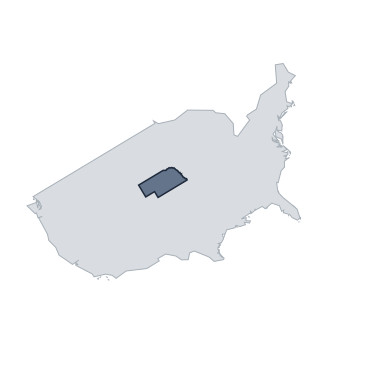 location of Nebraska within United States of America, rotated 329°
{"feature_id": "USA-3532", "entity_name": "Nebraska", "entity_type": "State", "adm_level": 1, "iso_a3": "USA", "parent_name": "United States of America", "parent_adm1": "", "projection": "mercator", "projection_center": [-97.897, 41.5], "detail": "fine", "context": "in_parent", "style": "filled", "palette": "slate", "viewbox_px": 384, "rotation_deg": 329, "n_neighbors": 0, "source": "natural_earth", "source_scale": "10m", "svg_char_len": 6854}
<svg xmlns="http://www.w3.org/2000/svg" viewBox="0 0 384 384"><g transform="rotate(329 192 192)"><path d="M300.8,144.2L320.6,142.3L328.9,125.9L336.3,128.8L336.3,138.9L340.5,145.5L333.0,147.8L332.6,149.6L331.4,147.4L329.5,151.2L323.6,153.8L319.6,163.3L322.8,167.2L325.0,166.8L324.5,165.0L325.1,165.8L325.3,167.8L319.0,169.1L317.9,167.0L317.2,169.8L310.0,170.5L304.5,174.1L305.1,172.1L304.6,170.7L303.1,175.6L304.6,176.5L304.0,180.6L300.4,185.9L296.6,182.6L298.9,179.3L296.3,181.6L297.3,185.3L298.8,187.3L299.1,189.7L294.5,198.0L295.9,192.7L292.4,187.8L294.8,182.5L291.2,184.1L292.4,191.9L289.0,189.5L287.8,189.8L288.9,187.3L288.8,186.6L287.7,188.5L287.6,190.1L292.8,193.1L291.6,194.5L289.3,191.8L288.4,191.4L291.3,194.6L292.6,195.2L291.8,197.2L290.3,195.7L292.7,198.6L292.1,199.0L290.9,197.5L287.7,196.8L291.6,199.6L294.2,199.5L296.5,206.5L294.4,201.1L295.1,204.6L290.4,203.9L293.7,207.3L295.4,206.3L293.3,209.4L288.8,208.3L291.5,210.0L289.1,211.5L291.9,212.6L286.9,213.3L284.2,218.3L279.5,219.6L270.6,228.4L269.4,227.4L266.0,235.4L265.8,237.4L267.1,243.4L273.3,260.9L271.1,269.9L267.8,270.4L264.7,265.6L264.2,261.6L259.6,256.9L261.2,254.8L258.9,254.8L259.9,248.8L254.6,242.6L246.2,244.1L244.7,240.5L236.5,240.2L237.6,238.8L236.1,240.2L232.4,240.8L232.3,238.0L231.7,240.0L220.4,240.5L225.2,241.9L223.5,244.4L227.2,246.9L225.3,248.2L221.3,244.9L221.0,247.5L215.5,246.4L212.4,243.2L210.5,244.8L202.3,242.3L197.6,245.8L198.8,244.9L196.2,243.9L195.0,248.3L190.0,251.1L191.2,250.3L187.9,249.8L189.1,251.3L185.3,253.1L183.8,257.9L182.1,257.1L183.6,258.4L183.8,262.7L185.4,265.3L184.2,266.2L175.2,262.9L173.2,256.6L163.5,243.7L158.6,243.0L153.9,248.1L148.0,244.7L145.3,238.7L137.5,231.6L128.4,231.5L128.4,234.2L113.8,234.3L94.9,225.8L82.5,226.9L80.7,222.3L75.4,217.8L64.4,214.3L64.3,210.9L54.8,195.4L55.1,193.8L57.0,195.8L55.8,192.4L59.9,192.1L52.3,192.5L45.5,177.5L46.7,169.3L44.3,159.9L46.4,153.7L47.2,135.3L51.1,135.8L46.7,134.8L47.9,129.7L46.4,129.8L43.5,118.9L53.4,120.8L51.5,126.5L54.7,122.4L54.4,127.2L52.1,128.4L53.8,128.6L55.6,126.6L56.2,121.7L53.4,114.1L195.5,114.1L195.6,111.2L198.3,116.1L214.3,121.4L230.4,119.5L252.2,132.9L253.1,136.3L260.4,141.7L262.6,154.5L257.4,164.6L259.7,167.8L278.5,160.0L277.8,155.3L279.5,154.5L289.9,154.1L300.8,144.2ZM312.1,172.5L315.2,172.0L304.3,174.9L313.3,171.4L312.1,172.5ZM54.2,118.9L55.5,121.9L55.4,122.4L53.6,120.1L54.2,118.9ZM185.2,264.6L184.0,260.8L184.1,258.6L184.3,260.9L185.2,264.6ZM333.8,148.2L333.7,149.7L333.2,149.4L333.8,148.2ZM212.4,244.3L212.7,245.2L211.8,244.5L212.4,244.3ZM68.7,218.1L69.9,217.6L70.0,217.7L68.7,218.1ZM67.3,217.7L66.8,218.4L66.4,217.8L67.3,217.7ZM321.9,169.3L321.0,170.2L320.8,170.0L321.9,169.3ZM184.8,256.6L184.1,258.4L185.8,255.0L184.8,256.6ZM271.5,255.1L272.7,258.6L271.3,254.8L271.5,255.1ZM75.1,221.1L75.7,222.1L75.1,221.2L75.1,221.1ZM271.6,270.4L270.6,271.5L272.2,269.2L271.6,270.4ZM296.9,208.8L295.7,210.3L296.7,206.8L296.9,208.8ZM52.8,116.3L52.8,117.2L52.3,116.8L52.8,116.3ZM189.1,252.0L187.3,252.8L189.1,251.7L189.1,252.0ZM324.8,169.7L324.7,170.7L323.8,170.5L324.8,169.7ZM75.1,223.9L75.6,225.1L75.0,224.0L75.1,223.9ZM186.9,253.4L186.2,253.9L186.8,253.2L186.9,253.4ZM298.6,191.3L297.3,193.3L298.8,190.5L298.6,191.3ZM197.1,246.6L195.9,247.3L197.6,246.1L197.1,246.6ZM266.3,236.4L266.0,237.8L265.9,236.8L266.3,236.4ZM292.3,212.9L291.9,213.2L293.1,212.0L292.3,212.9ZM249.2,243.8L247.8,244.5L247.2,244.4L249.2,243.8ZM231.8,240.6L231.6,240.8L230.8,240.8L231.8,240.6ZM262.6,261.7L262.8,262.7L262.4,261.5L262.6,261.7ZM228.2,242.6L228.0,243.5L227.9,241.8L228.2,242.6ZM268.5,272.8L267.7,272.8L268.8,272.6L268.5,272.8ZM303.8,181.3L303.2,182.3L303.9,180.9L303.8,181.3ZM294.8,210.6L294.3,210.9L294.2,210.9L294.8,210.6Z" fill="#d9dde1" stroke="#a8b0b8" stroke-width="1"/><path d="M149.8,172.4L149.8,171.6L149.8,170.7L149.8,169.9L149.8,169.0L149.8,168.1L149.8,167.3L149.8,166.4L149.8,165.6L149.8,164.7L149.8,163.8L149.8,163.0L149.8,162.1L149.8,161.2L149.8,160.3L149.8,159.5L149.8,158.6L150.8,158.6L151.7,158.6L152.5,158.6L153.4,158.6L154.3,158.6L155.2,158.6L156.0,158.6L156.9,158.6L157.8,158.6L158.7,158.6L159.5,158.6L160.4,158.6L161.3,158.6L162.2,158.6L163.1,158.6L163.9,158.6L164.8,158.6L165.7,158.6L166.6,158.6L167.4,158.6L168.3,158.6L169.2,158.6L170.1,158.6L170.9,158.6L171.8,158.6L172.7,158.6L173.6,158.6L174.5,158.6L175.3,158.6L176.2,158.6L177.1,158.6L178.0,158.6L178.4,158.6L178.6,158.7L178.6,158.8L179.1,159.1L179.3,159.1L179.5,159.3L179.7,159.5L180.4,159.8L180.5,159.9L180.5,160.0L180.9,160.1L181.0,160.1L181.3,160.0L181.4,159.9L181.5,159.7L181.8,159.5L182.1,159.6L182.3,159.5L182.5,159.6L182.9,159.5L183.0,159.5L183.4,159.6L183.5,159.6L184.5,159.4L184.8,159.4L184.8,159.5L185.0,159.7L185.2,159.9L185.3,160.0L185.5,160.1L185.8,160.1L186.0,160.2L186.2,160.3L186.3,160.3L186.8,160.4L186.9,160.5L187.0,160.5L187.1,160.8L187.4,160.8L187.5,160.8L187.6,161.0L187.7,161.3L187.9,161.4L187.9,161.6L188.0,161.8L188.7,162.0L189.0,162.0L189.2,162.4L189.2,162.7L189.2,163.0L189.3,163.2L189.3,163.3L189.5,163.5L189.5,163.8L189.4,164.0L189.5,164.3L189.7,164.5L189.8,164.6L189.9,164.9L189.9,165.0L190.0,165.4L190.2,165.5L190.4,165.6L190.5,165.9L190.5,166.0L190.4,166.1L190.4,166.3L190.5,166.4L190.5,166.5L190.8,166.8L190.9,167.0L190.8,167.4L190.8,167.5L190.7,167.6L190.7,168.0L190.7,168.3L190.8,168.3L190.8,168.5L191.0,168.7L191.3,168.8L191.2,168.9L191.2,169.0L191.3,169.2L191.5,169.2L191.6,169.3L191.6,169.6L191.4,170.1L191.5,170.2L191.8,170.2L191.8,170.3L191.8,170.5L191.7,170.6L191.6,170.9L191.6,171.0L191.9,171.2L192.0,171.2L191.9,171.3L191.9,171.6L191.9,171.9L191.8,172.0L191.9,172.3L192.0,172.5L192.0,172.8L192.1,173.0L192.1,173.3L192.0,173.6L192.1,173.8L192.0,174.0L191.9,174.1L191.9,174.3L192.0,174.4L192.0,174.6L192.3,174.7L192.4,174.9L192.4,175.0L192.4,175.3L192.4,175.5L192.5,175.6L192.8,175.7L192.8,175.8L192.8,176.0L193.0,176.3L192.9,176.4L193.0,176.5L193.1,176.8L193.1,177.0L193.3,177.1L193.4,177.3L193.5,177.3L193.6,177.5L193.8,177.5L194.0,177.6L193.9,177.8L194.0,178.0L194.3,178.4L194.3,178.5L194.2,178.6L194.2,178.8L194.3,179.0L194.5,179.0L193.7,179.2L192.6,179.2L191.5,179.2L190.4,179.2L189.3,179.2L188.3,179.2L187.2,179.2L186.1,179.2L185.0,179.2L183.9,179.2L182.9,179.2L181.8,179.2L180.7,179.2L179.6,179.2L178.6,179.2L177.5,179.2L176.4,179.2L175.3,179.2L174.2,179.2L173.2,179.2L172.1,179.2L171.0,179.2L169.9,179.2L168.8,179.2L167.8,179.2L166.7,179.2L165.6,179.2L164.5,179.2L163.5,179.2L162.4,179.2L161.3,179.2L160.1,179.2L160.1,178.8L160.1,178.4L160.1,177.9L160.1,177.5L160.1,177.1L160.1,176.7L160.1,176.2L160.1,175.8L160.1,175.4L160.1,175.0L160.1,174.6L160.1,174.1L160.1,173.7L160.1,173.3L160.1,172.9L160.1,172.4L159.7,172.4L159.1,172.4L158.5,172.4L157.9,172.4L157.3,172.4L156.7,172.4L156.1,172.4L155.5,172.4L154.8,172.4L154.2,172.4L153.6,172.4L153.0,172.4L152.4,172.4L151.8,172.4L151.2,172.4L150.6,172.4L149.8,172.4Z" fill="#64748b" stroke="#1e293b" stroke-width="1.5"/></g></svg>